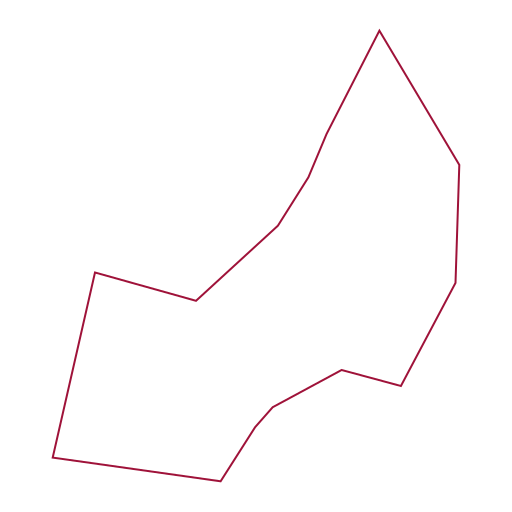 outline of Dornava
{"feature_id": "SVN-1040", "entity_name": "Dornava", "entity_type": "Municipality", "adm_level": 1, "iso_a3": "SVN", "parent_name": "Slovenia", "parent_adm1": "", "projection": "orthographic", "projection_center": [16.001, 46.454], "detail": "fine", "context": "isolated", "style": "outline", "palette": "rose", "viewbox_px": 512, "rotation_deg": 0, "n_neighbors": 0, "source": "natural_earth", "source_scale": "10m", "svg_char_len": 304}
<svg xmlns="http://www.w3.org/2000/svg" viewBox="0 0 512 512"><path d="M400.9,386.0L341.6,370.0L272.7,407.2L255.1,427.2L220.6,481.3L52.7,457.6L95.0,272.5L196.0,300.8L277.9,225.7L308.4,177.3L326.6,133.9L379.4,30.7L459.3,164.9L455.5,282.9L400.9,386.0Z" fill="none" stroke="#9f1239" stroke-width="2"/></svg>